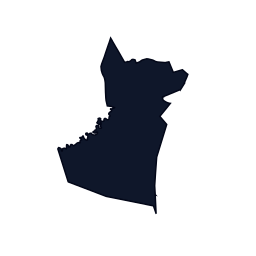 the district of Gawler, South Australia, Australia, rotated 336°
{"feature_id": "25037944B32211395389119", "entity_name": "Gawler", "entity_type": "district", "adm_level": 2, "iso_a3": "AUS", "parent_name": "Australia", "parent_adm1": "South Australia", "projection": "natural_earth1", "projection_center": [138.712, -34.621], "detail": "fine", "context": "isolated", "style": "filled", "palette": "ink", "viewbox_px": 256, "rotation_deg": 336, "n_neighbors": 0, "source": "geoboundaries", "source_scale": "gbopen_adm2", "svg_char_len": 5386}
<svg xmlns="http://www.w3.org/2000/svg" viewBox="0 0 256 256"><g transform="rotate(336 128 128)"><path d="M162.1,68.5L161.4,68.0L161.1,67.8L160.9,67.6L159.8,67.1L159.6,67.1L159.2,67.1L158.4,67.5L157.8,67.7L157.1,67.8L156.4,67.8L155.4,67.7L155.2,67.6L154.8,67.2L154.4,67.0L153.9,67.2L151.6,66.6L150.2,52.7L149.6,47.8L149.6,47.3L149.1,42.8L149.0,41.2L148.8,39.7L148.7,38.8L145.3,42.6L144.3,43.6L138.1,50.3L135.4,53.3L130.2,58.6L128.3,60.9L127.1,64.6L126.7,67.5L126.7,70.1L126.9,71.3L126.7,73.3L126.5,74.4L125.8,76.9L125.5,77.8L122.1,86.0L121.3,88.1L120.2,90.9L119.2,93.8L119.1,94.3L118.1,99.4L121.4,101.4L122.2,102.1L123.4,103.3L123.1,103.4L123.7,104.0L122.7,104.2L122.3,103.8L121.8,104.0L121.5,104.1L121.2,104.1L120.9,104.0L120.5,103.7L120.1,103.4L119.8,103.5L119.7,103.6L119.7,103.8L119.8,104.2L120.2,104.7L120.2,104.9L120.2,105.1L120.1,105.5L119.8,105.8L119.7,105.9L119.4,106.0L118.2,106.1L117.3,106.3L117.0,106.5L116.6,106.8L116.4,106.9L116.2,107.3L116.1,107.5L116.1,108.1L116.6,109.2L116.5,109.5L116.3,109.9L115.8,110.1L115.6,110.1L115.2,110.2L115.1,110.4L114.8,111.1L114.6,111.7L114.4,111.9L114.2,112.0L113.9,112.1L113.3,112.2L113.1,112.2L112.7,112.1L112.4,112.0L112.2,111.7L111.8,111.2L111.7,110.6L111.5,110.3L111.3,110.1L111.2,110.1L110.4,109.8L110.0,110.0L109.7,110.3L109.5,110.5L109.4,110.9L109.1,111.4L109.0,111.5L108.8,111.6L108.6,111.7L108.4,111.8L108.0,111.7L107.4,111.6L106.8,111.2L106.4,110.6L105.9,110.3L105.8,110.1L105.8,109.7L106.1,109.2L106.5,109.0L106.6,108.8L106.8,108.5L106.8,108.3L106.6,107.9L106.1,107.4L105.7,107.4L104.8,107.2L104.5,107.3L104.4,107.5L104.4,108.1L104.4,108.3L104.2,108.5L104.0,108.8L103.7,109.1L102.5,110.1L101.9,110.4L101.7,110.6L101.8,111.0L102.1,111.4L102.4,111.6L102.6,111.9L102.6,112.1L102.7,112.6L102.8,112.9L103.0,113.0L103.6,113.2L104.1,113.1L104.5,112.7L104.8,112.2L105.0,111.9L105.3,111.8L105.5,111.9L105.6,112.1L105.5,112.5L105.4,112.9L105.2,113.3L105.0,113.7L104.6,114.1L103.9,114.7L103.7,115.0L103.6,115.3L103.7,116.0L103.8,116.5L103.9,116.9L103.8,117.0L103.7,117.2L103.6,117.3L103.3,117.3L103.2,117.3L102.6,116.9L101.8,116.4L101.5,116.0L101.4,115.7L101.5,115.4L101.7,115.0L102.0,114.7L102.1,114.3L102.0,114.2L101.9,114.1L101.7,113.9L101.3,113.4L101.1,113.2L100.8,113.1L100.4,113.0L99.8,113.2L99.5,113.4L99.3,113.7L99.2,114.0L99.2,114.4L99.3,114.7L99.2,115.0L98.8,115.8L98.6,116.2L98.4,116.4L98.1,116.6L97.8,116.7L97.1,116.5L96.9,116.6L96.4,117.1L95.9,117.2L95.5,117.1L94.8,117.2L94.5,117.3L94.4,117.4L94.3,117.6L94.3,117.9L95.5,119.0L95.9,119.3L96.0,119.3L96.5,119.3L97.4,118.9L97.9,118.9L98.0,118.9L98.1,119.0L98.4,119.4L98.4,119.6L98.2,119.9L97.9,120.3L97.6,120.6L97.4,120.7L97.0,120.9L96.7,120.9L95.9,121.0L95.5,121.0L95.1,121.0L94.8,120.9L93.8,120.5L93.6,120.3L93.4,120.0L92.5,119.2L92.4,118.6L92.2,117.8L92.2,117.7L91.8,117.6L90.9,117.4L90.5,117.5L90.1,117.6L89.8,117.7L89.3,117.6L89.1,117.5L89.0,117.4L88.9,117.2L88.9,116.7L88.8,116.3L88.7,116.1L88.4,115.9L87.7,115.7L87.5,115.8L87.4,115.8L87.1,116.0L86.9,116.5L86.9,117.0L87.0,117.3L87.4,117.3L87.6,117.3L87.6,117.8L87.8,118.2L87.9,118.5L88.0,119.1L88.0,119.3L87.7,119.9L87.4,120.3L87.2,120.5L86.7,120.9L86.5,121.2L86.4,121.4L86.2,121.8L86.2,122.3L85.7,122.5L85.4,122.5L85.3,122.4L85.0,122.2L84.6,121.5L84.3,121.2L84.1,120.7L83.9,120.6L83.9,120.3L83.8,120.1L83.8,119.8L83.7,119.2L83.6,118.9L83.7,118.1L83.8,117.5L83.8,117.3L83.8,117.1L83.7,117.0L83.4,117.0L83.2,117.1L82.8,117.4L82.6,117.5L82.0,117.6L81.6,117.6L81.0,117.5L80.8,117.5L80.4,117.2L80.2,117.2L80.0,117.3L80.0,117.6L80.2,118.1L80.6,118.8L80.8,119.2L80.8,119.6L80.8,119.9L79.8,119.9L79.5,120.0L79.2,120.2L79.0,120.3L78.7,120.7L78.6,121.5L78.4,121.8L78.1,122.0L77.9,122.0L77.6,121.8L77.1,121.3L76.8,121.2L76.4,121.1L75.8,121.1L75.4,121.1L74.5,121.3L74.1,121.5L73.2,121.7L72.7,121.8L72.1,122.0L71.8,122.1L71.4,122.1L71.1,122.0L70.8,121.7L70.5,121.0L70.3,120.8L70.2,120.6L70.1,120.4L69.6,120.1L69.2,119.9L69.0,120.0L68.7,120.2L68.4,120.3L68.2,120.5L67.9,120.8L67.8,121.2L67.5,121.5L67.4,121.6L67.2,121.7L66.8,121.7L66.5,121.5L66.4,121.5L66.3,121.4L66.3,121.0L66.3,120.4L66.3,120.0L66.2,119.7L66.1,119.0L66.1,118.9L65.7,118.5L65.5,118.4L65.3,118.3L65.1,118.4L65.0,118.5L64.8,119.0L64.7,119.1L64.5,119.4L64.3,120.0L64.2,120.2L64.0,120.8L63.7,121.4L63.5,121.7L63.3,121.8L63.1,121.9L62.9,121.9L62.7,121.6L62.4,121.1L62.1,120.8L61.1,120.4L60.4,120.3L59.9,120.4L59.7,120.5L58.7,122.2L58.5,122.4L58.3,122.4L58.2,122.4L58.0,122.0L58.0,121.9L58.0,121.7L58.4,121.0L58.5,120.8L58.5,120.3L58.4,119.8L58.3,119.7L58.2,119.3L57.7,118.6L57.4,118.3L57.0,117.9L56.9,117.8L56.8,117.7L56.4,117.8L56.1,118.1L55.7,118.3L55.4,118.6L51.5,152.7L51.6,153.0L80.3,181.6L119.6,209.5L118.9,217.2L119.0,217.2L125.7,200.0L125.9,200.2L125.8,199.8L128.9,191.6L134.4,181.1L142.4,166.2L164.8,140.5L161.8,130.3L171.7,125.3L176.7,122.7L176.4,122.5L176.0,122.3L175.4,121.9L174.6,121.1L173.8,120.4L173.2,119.6L172.9,119.2L172.7,119.1L172.3,118.2L172.0,117.9L171.7,117.5L171.5,116.6L171.4,116.4L171.4,115.7L171.8,114.9L171.8,114.3L172.0,113.9L173.1,114.0L173.1,113.7L191.3,114.2L191.3,114.5L198.0,110.0L197.8,109.7L198.0,109.5L202.5,105.4L204.5,103.3L203.9,102.3L201.4,96.9L193.1,95.8L192.0,95.6L192.3,84.2L189.2,83.5L188.8,83.5L182.0,79.8L181.0,79.1L180.1,78.3L178.5,76.3L178.1,75.9L174.5,73.1L173.2,72.4L169.4,71.8L168.6,71.7L167.9,71.8L167.3,71.9L165.6,72.3L163.7,72.2L161.9,72.0L162.1,68.5Z" fill="#0f172a" stroke="#020617" stroke-width="1.5"/></g></svg>